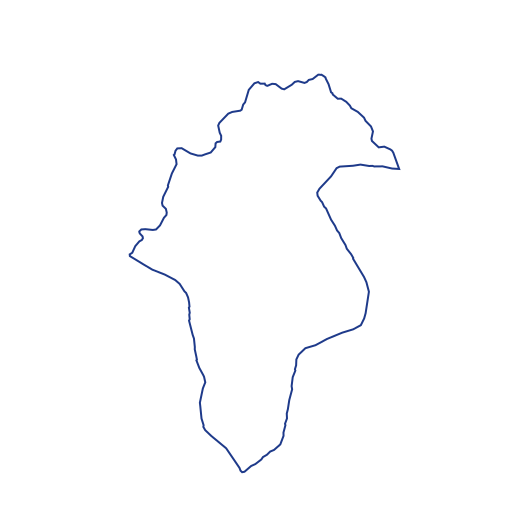 La Unión, Zacapa, Guatemala, rotated 304°
{"feature_id": "79465075B65794247030645", "entity_name": "La Unión", "entity_type": "district", "adm_level": 2, "iso_a3": "GTM", "parent_name": "Guatemala", "parent_adm1": "Zacapa", "projection": "equal_earth", "projection_center": [-89.266, 14.957], "detail": "fine", "context": "isolated", "style": "outline", "palette": "blue", "viewbox_px": 512, "rotation_deg": 304, "n_neighbors": 0, "source": "geoboundaries", "source_scale": "gbopen_adm2", "svg_char_len": 2647}
<svg xmlns="http://www.w3.org/2000/svg" viewBox="0 0 512 512"><g transform="rotate(304 256 256)"><path d="M408.2,326.0L417.8,312.9L418.4,312.1L419.4,309.9L419.5,307.8L418.4,301.2L414.7,297.0L416.2,287.8L417.8,286.1L424.7,283.3L427.7,278.9L429.3,271.2L431.1,268.2L432.4,259.8L431.8,252.4L433.2,249.7L434.3,244.6L434.1,238.7L432.1,235.8L432.8,229.4L433.7,228.3L433.7,226.7L439.0,220.1L442.1,214.6L442.9,213.7L443.0,211.5L442.9,208.9L442.2,208.1L441.7,207.0L441.1,206.2L434.4,204.0L431.5,201.3L428.6,200.8L426.6,199.4L424.5,193.1L422.0,190.8L418.0,189.9L410.0,186.2L409.1,183.7L409.5,176.2L407.8,173.1L405.4,171.5L404.5,171.0L403.4,170.2L403.1,169.1L403.1,168.0L403.8,166.8L403.0,165.8L401.3,163.2L401.4,160.5L398.3,158.1L389.7,157.1L377.3,161.0L374.4,160.7L369.3,162.3L367.7,161.7L362.1,155.7L358.5,153.4L345.9,151.2L343.0,151.7L337.9,157.0L336.2,159.9L333.0,162.0L330.9,162.4L328.8,160.0L326.8,159.5L323.5,161.4L316.5,160.6L311.6,156.8L308.9,154.9L306.7,151.6L304.4,144.3L303.8,134.1L301.2,130.6L298.3,130.4L294.8,131.6L293.8,131.4L291.3,135.7L287.7,138.8L277.4,140.1L265.2,143.5L264.3,144.5L253.2,146.0L247.4,148.4L245.5,150.4L244.7,154.9L242.1,157.7L239.9,158.8L236.2,158.3L227.7,159.3L222.1,158.3L219.9,155.9L216.4,149.3L213.9,146.1L211.1,145.5L210.1,146.4L209.6,147.5L208.8,151.0L207.5,152.3L205.4,152.4L202.9,151.1L196.7,150.4L189.5,151.6L186.7,150.4L185.4,151.5L186.1,167.2L186.7,177.7L189.6,190.8L190.9,202.5L190.2,208.3L186.7,216.4L186.3,218.7L183.7,222.8L180.2,226.4L176.8,229.2L175.7,229.2L171.9,232.8L170.0,233.5L166.5,236.4L165.0,236.6L155.2,247.6L152.9,250.7L146.3,256.2L144.4,257.4L139.5,262.5L137.0,265.0L136.2,264.9L131.5,271.6L127.7,279.0L126.8,280.5L122.9,284.6L116.5,286.0L103.0,291.5L100.2,293.9L90.8,301.7L86.4,307.2L84.9,307.9L83.2,311.3L81.8,319.6L79.9,338.8L71.1,360.8L69.4,363.2L69.0,365.4L70.7,367.1L79.2,369.4L83.1,371.8L90.3,374.2L93.2,374.2L97.3,376.2L101.8,377.1L105.3,379.4L113.4,381.5L122.3,379.4L125.0,377.5L132.2,375.0L133.1,373.9L138.7,372.5L142.6,369.6L146.8,368.1L154.0,364.7L155.3,364.1L165.7,360.5L168.0,358.3L176.1,354.2L183.0,352.7L183.9,351.6L187.8,350.4L192.8,347.3L198.1,346.5L207.2,348.5L215.3,355.2L227.0,361.3L240.7,370.4L249.6,377.6L257.3,381.6L264.7,380.6L269.8,378.9L289.5,369.6L296.0,362.2L299.0,357.3L308.0,338.0L308.8,337.7L310.7,333.8L312.8,327.2L315.1,324.1L318.5,316.6L321.6,312.2L322.5,308.9L325.2,304.6L328.1,297.9L334.6,287.5L335.0,284.9L337.6,280.7L338.0,278.7L340.4,273.4L342.8,271.3L347.3,271.0L364.1,273.7L373.9,273.7L376.9,275.4L385.1,286.0L390.2,291.5L393.9,299.5L395.8,302.1L396.4,304.0L401.1,310.8L404.6,319.9L408.2,326.0Z" fill="none" stroke="#1e3a8a" stroke-width="2"/></g></svg>